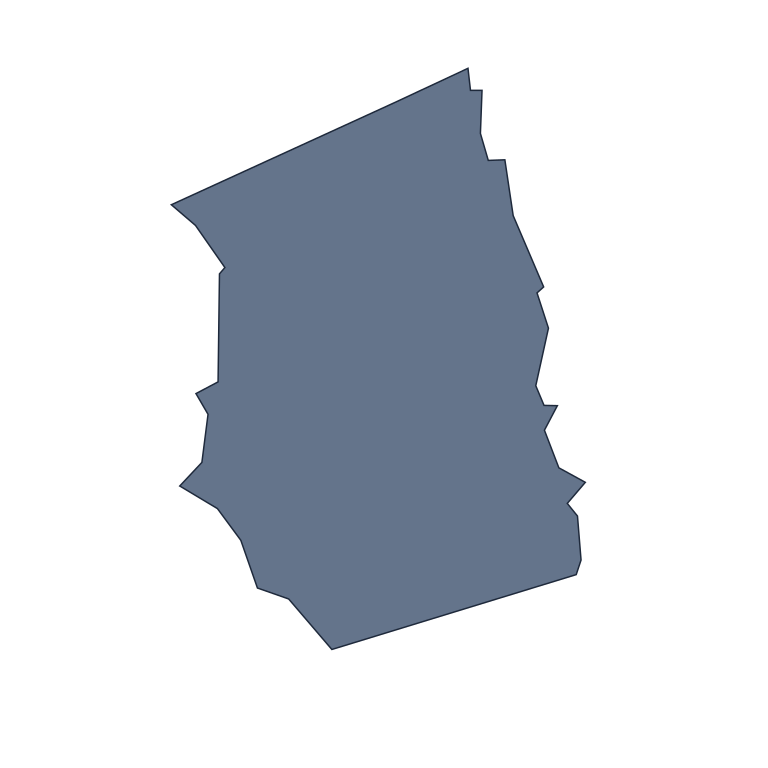 the district of Lunenburg, Virginia, United States of America, rotated 241°
{"feature_id": "52423323B20701637265595", "entity_name": "Lunenburg", "entity_type": "district", "adm_level": 2, "iso_a3": "USA", "parent_name": "United States of America", "parent_adm1": "Virginia", "projection": "orthographic", "projection_center": [-78.234, 36.948], "detail": "fine", "context": "isolated", "style": "filled", "palette": "slate", "viewbox_px": 768, "rotation_deg": 241, "n_neighbors": 0, "source": "geoboundaries", "source_scale": "gbopen_adm2", "svg_char_len": 603}
<svg xmlns="http://www.w3.org/2000/svg" viewBox="0 0 768 768"><g transform="rotate(241 384 384)"><path d="M643.9,284.9L614.1,296.0L563.0,301.3L560.1,293.5L466.3,239.9L466.8,214.9L442.8,215.4L403.7,186.7L393.8,155.9L355.8,177.9L316.7,183.0L266.9,174.4L242.2,196.4L177.1,209.7L124.1,459.7L134.5,471.0L174.7,489.2L190.7,486.4L200.4,512.4L225.9,496.3L265.8,501.9L281.0,525.1L287.7,513.6L308.9,515.9L353.1,554.9L389.5,562.0L391.5,570.7L468.6,578.6L521.5,598.4L529.0,583.6L556.4,589.8L593.3,612.1L598.9,602.0L619.4,610.5L625.0,529.5L643.9,284.9Z" fill="#64748b" stroke="#1e293b" stroke-width="1.5"/></g></svg>